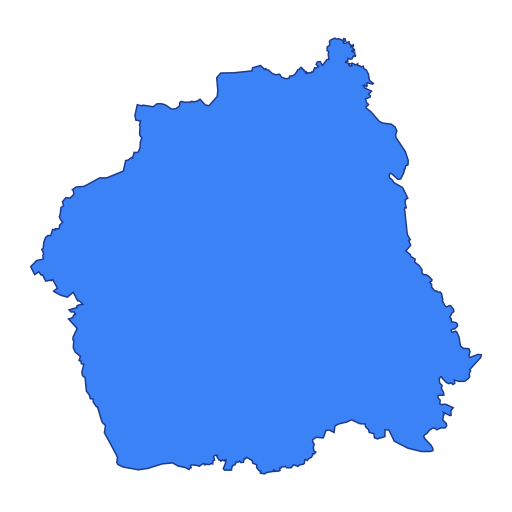 the district of Bang Rakam, Phitsanulok, Thailand
{"feature_id": "78962969B65860849823906", "entity_name": "Bang Rakam", "entity_type": "district", "adm_level": 2, "iso_a3": "THA", "parent_name": "Thailand", "parent_adm1": "Phitsanulok", "projection": "albers", "projection_center": [100.075, 16.744], "detail": "fine", "context": "isolated", "style": "filled", "palette": "blue", "viewbox_px": 512, "rotation_deg": 0, "n_neighbors": 0, "source": "geoboundaries", "source_scale": "gbopen_adm2", "svg_char_len": 5934}
<svg xmlns="http://www.w3.org/2000/svg" viewBox="0 0 512 512"><path d="M342.9,40.5L338.8,38.7L336.4,39.1L334.8,38.1L330.3,40.2L329.4,41.5L329.9,44.7L327.1,47.2L327.1,50.6L328.9,51.7L328.2,53.9L328.8,59.5L326.9,59.6L322.4,65.5L320.2,61.6L317.4,61.9L316.1,64.4L318.6,66.4L316.1,68.0L314.6,67.7L313.0,72.0L311.6,71.9L311.0,72.8L307.5,72.8L306.8,73.5L306.4,72.0L305.5,72.8L305.2,71.3L303.8,70.8L303.8,69.6L302.2,68.9L301.6,67.5L300.6,67.5L299.3,69.3L297.9,69.7L295.4,73.8L293.0,75.7L289.5,76.2L289.2,78.3L286.1,78.7L281.8,77.5L279.6,74.2L275.5,74.8L272.0,73.3L268.5,70.0L266.3,69.8L265.8,68.5L264.4,69.3L260.6,65.5L252.6,67.8L252.0,70.9L233.5,72.8L220.8,73.0L216.7,77.7L217.8,90.4L217.2,96.5L208.9,105.8L205.2,104.9L200.0,99.2L197.2,101.1L194.0,101.8L191.5,101.3L190.8,102.0L185.0,102.3L181.3,101.4L179.5,102.8L180.0,104.3L178.9,106.5L175.9,108.6L172.9,109.1L171.1,108.7L164.8,104.6L160.9,103.7L157.0,103.8L153.2,106.8L143.0,105.1L142.3,106.0L137.3,104.7L134.9,115.5L135.9,120.2L140.5,121.0L139.5,125.1L140.1,126.5L139.6,132.9L139.9,135.5L141.8,137.8L140.3,142.1L140.1,147.4L138.4,151.9L136.2,152.6L134.1,152.3L132.6,158.1L131.4,157.5L128.1,160.1L125.7,160.5L123.3,171.1L106.6,177.9L99.7,177.9L84.0,186.4L76.1,187.0L72.3,189.7L73.2,190.5L73.8,193.3L73.4,194.9L70.1,198.0L65.9,197.6L62.5,201.7L63.6,205.7L60.9,207.6L60.3,213.8L59.3,216.6L60.8,220.1L62.6,222.1L59.6,225.2L59.2,228.7L55.3,228.7L55.5,229.8L52.6,229.5L50.7,235.7L48.0,235.4L45.5,237.6L43.7,242.5L43.2,248.6L41.8,249.3L43.7,253.6L42.8,255.5L43.4,259.0L36.5,260.6L30.7,266.7L34.7,274.6L38.8,271.8L41.1,275.0L42.6,274.9L45.7,281.1L51.0,280.1L51.2,280.6L52.8,279.6L57.4,288.2L53.6,291.1L54.3,291.8L60.7,295.2L67.3,297.2L73.3,292.2L77.6,300.8L78.6,300.4L83.0,304.2L78.4,305.1L76.7,306.2L77.1,307.6L69.0,309.8L71.1,312.0L74.0,311.9L75.5,314.3L73.6,315.1L72.8,317.6L68.5,319.0L77.1,328.4L73.1,337.0L72.9,339.8L73.8,340.4L73.3,347.7L75.2,352.1L80.4,356.3L79.1,360.6L80.8,360.8L81.4,363.8L83.8,364.2L81.9,372.1L82.4,375.3L83.5,376.7L85.0,377.0L86.4,391.1L89.3,394.9L90.3,398.7L93.1,399.0L93.3,402.2L96.5,406.8L97.5,406.8L101.6,420.8L102.5,422.7L105.5,425.5L104.4,432.7L116.1,454.3L117.5,457.6L116.8,462.3L117.9,464.5L123.0,467.0L138.4,469.8L147.5,468.5L162.2,463.9L172.6,462.9L178.2,466.1L185.4,467.5L189.0,469.6L190.2,467.8L191.2,467.7L190.6,466.0L191.3,464.9L196.7,465.3L199.2,466.3L203.3,463.4L204.9,464.9L205.1,464.1L209.1,464.6L211.4,463.5L212.7,464.0L213.0,460.9L214.6,460.0L213.6,456.4L215.0,455.3L217.4,455.3L216.9,456.6L219.0,460.0L220.1,459.9L220.9,461.2L222.7,460.0L224.1,460.8L224.7,459.8L225.9,459.6L225.4,463.4L223.3,468.7L224.5,470.1L231.5,470.1L231.9,467.2L233.2,465.3L235.1,464.7L236.3,461.9L238.4,462.1L239.7,461.1L240.8,462.5L243.4,462.3L244.3,458.7L245.6,458.8L246.4,457.3L252.1,460.5L252.8,463.2L256.7,464.7L256.6,467.6L259.3,470.8L260.7,471.2L260.3,473.1L264.6,473.9L266.7,472.5L273.2,471.4L273.6,469.8L274.9,470.5L274.7,471.4L279.1,471.0L280.0,470.5L279.6,468.2L281.0,468.0L281.6,467.0L285.6,466.5L286.6,467.7L291.2,467.7L293.5,464.8L298.0,466.4L299.4,465.0L303.5,464.1L304.3,463.4L304.8,459.5L307.2,460.5L308.6,458.7L311.4,457.3L312.8,454.8L312.5,453.6L314.5,453.8L315.8,452.0L313.9,450.9L313.3,447.5L314.2,444.4L312.6,441.3L312.7,439.7L316.2,437.3L323.3,437.9L326.1,430.2L329.5,430.1L334.1,432.5L334.9,425.9L339.1,423.8L346.9,422.0L351.4,419.8L359.9,423.7L365.2,424.0L365.5,426.7L368.6,429.8L369.2,432.4L373.9,433.7L374.4,437.7L377.3,438.9L384.9,436.6L385.0,429.7L389.0,430.1L394.3,441.2L407.9,448.2L421.5,451.5L430.3,451.5L432.9,450.6L432.8,448.4L431.2,445.4L424.7,438.6L423.8,436.4L424.2,435.1L427.1,433.3L429.2,430.4L432.5,428.1L434.5,428.0L436.7,429.8L440.7,427.9L445.1,427.9L446.7,425.8L446.3,423.5L442.8,420.0L443.4,415.7L444.1,414.7L443.4,412.3L450.0,415.6L451.1,415.3L450.9,410.8L453.2,407.7L445.5,404.2L441.4,404.6L439.8,403.8L440.2,400.2L438.0,397.7L438.0,395.4L443.9,395.1L443.5,392.5L441.3,388.2L442.2,385.7L439.8,383.1L439.1,379.3L440.4,376.9L441.5,376.6L442.5,378.6L446.3,382.4L448.9,383.7L450.9,382.9L453.0,384.5L454.7,383.4L454.4,380.1L459.0,381.4L464.7,381.3L468.7,378.2L469.7,376.4L469.1,373.9L470.6,370.6L469.7,369.6L480.8,357.4L481.3,354.8L477.9,354.4L469.9,357.5L468.9,356.3L470.0,351.5L468.8,348.7L463.2,348.3L460.4,345.8L459.1,337.3L456.6,331.7L455.5,331.1L452.0,332.4L451.2,330.8L451.3,329.8L455.1,328.6L457.6,325.9L457.2,323.8L455.9,322.6L451.5,321.7L451.2,318.7L449.7,317.3L452.1,312.9L453.8,311.5L453.6,309.5L450.8,305.8L449.7,305.5L446.4,306.9L444.8,305.6L442.3,300.6L442.8,299.7L441.5,293.5L440.0,291.9L438.3,292.2L436.8,291.0L434.6,290.8L431.7,287.2L431.6,284.4L429.7,282.4L431.8,280.8L432.0,279.7L428.5,276.1L425.7,274.6L423.9,274.8L422.0,273.2L422.0,269.6L419.0,265.4L414.6,262.1L415.2,259.1L411.0,256.6L410.2,254.5L405.9,250.9L410.7,245.2L408.6,240.5L410.3,239.7L407.3,234.5L404.6,209.4L404.7,208.0L406.3,207.8L405.2,203.5L405.4,199.6L407.8,198.2L402.6,187.6L393.9,182.6L391.8,179.4L389.6,177.9L389.2,175.3L389.9,173.6L391.4,173.5L397.9,179.4L400.7,179.0L403.5,173.3L404.4,170.4L404.1,169.2L405.0,168.9L405.8,165.7L408.0,164.9L408.2,160.3L405.3,151.5L395.9,137.4L395.6,135.2L396.8,130.9L395.0,126.9L391.2,124.1L382.8,123.1L379.2,121.3L370.6,111.4L366.2,108.2L366.1,106.3L367.6,105.8L368.5,104.5L366.3,102.2L365.5,98.8L370.0,97.2L370.4,95.8L368.6,94.2L371.6,91.2L364.7,88.0L363.3,85.5L364.3,85.1L366.5,86.7L367.2,85.7L366.6,83.7L367.1,82.8L372.5,84.1L373.4,83.4L369.5,80.4L368.3,73.9L366.2,69.9L364.1,68.9L363.1,66.2L361.2,66.9L359.9,65.8L357.6,65.5L357.7,63.8L355.7,64.9L352.1,63.1L351.3,63.6L351.8,65.8L349.5,66.1L348.8,64.9L350.0,63.8L345.5,62.3L346.2,61.1L347.8,61.2L347.8,58.4L350.5,59.2L352.0,58.8L353.4,56.1L355.2,56.4L355.7,55.8L354.7,54.4L354.8,52.7L351.8,51.1L352.2,50.4L354.6,50.6L354.4,49.6L352.2,47.7L353.5,46.0L353.2,44.8L350.7,46.6L350.7,44.6L349.2,43.7L349.1,41.8L346.6,42.4L345.7,43.6L343.2,42.9L343.4,41.8L345.6,41.0L345.0,38.7L343.8,38.5L342.9,40.5Z" fill="#3b82f6" stroke="#1e3a8a" stroke-width="1.5"/></svg>